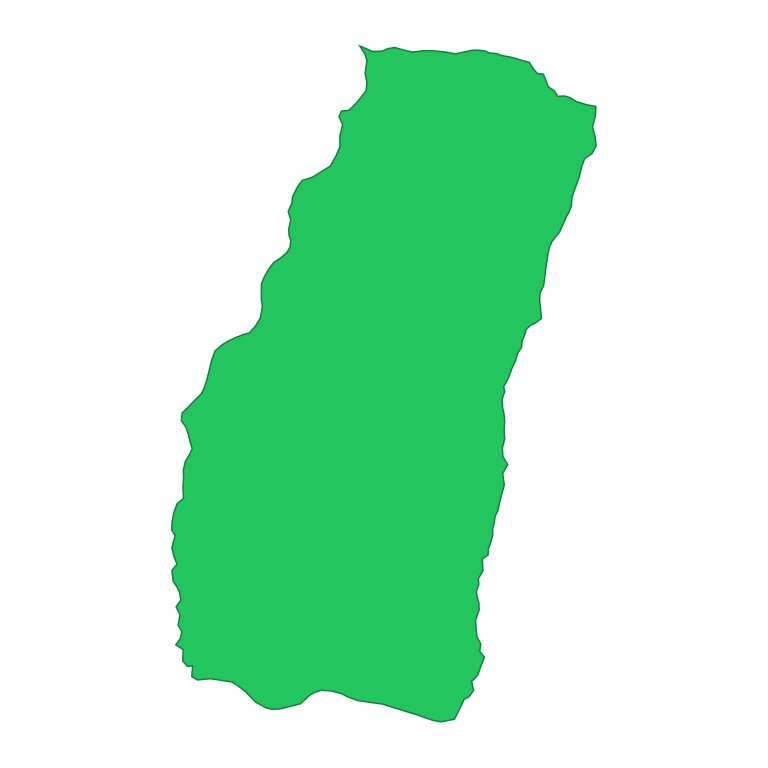 Taciba, São Paulo, Brazil (orthographic projection)
{"feature_id": "56859067B58101477098710", "entity_name": "Taciba", "entity_type": "district", "adm_level": 2, "iso_a3": "BRA", "parent_name": "Brazil", "parent_adm1": "São Paulo", "projection": "orthographic", "projection_center": [-51.338, -22.499], "detail": "fine", "context": "isolated", "style": "filled", "palette": "green", "viewbox_px": 768, "rotation_deg": 0, "n_neighbors": 0, "source": "geoboundaries", "source_scale": "gbopen_adm2", "svg_char_len": 2900}
<svg xmlns="http://www.w3.org/2000/svg" viewBox="0 0 768 768"><path d="M182.2,413.0L181.3,420.6L186.0,427.3L188.6,435.1L190.0,441.5L192.2,448.7L189.4,454.7L185.3,461.5L183.3,470.4L183.6,477.7L183.0,486.8L183.5,498.6L177.2,503.5L173.9,512.5L172.1,521.7L171.8,530.0L175.2,535.8L173.2,542.4L171.9,547.9L173.9,556.4L177.0,564.2L171.9,570.5L173.1,581.1L177.3,587.5L179.7,592.9L180.8,600.1L176.1,606.8L180.0,614.7L178.1,625.2L181.8,631.5L180.4,638.5L175.8,644.8L183.1,649.7L182.8,661.0L187.4,666.4L192.6,665.8L191.8,676.6L197.4,679.9L210.5,678.7L232.1,682.0L240.6,687.8L245.3,691.4L255.4,701.9L265.2,707.5L271.0,709.2L279.7,709.0L300.3,703.8L304.5,700.1L308.9,695.9L313.5,692.9L321.5,690.2L331.8,691.1L341.8,693.8L347.5,696.8L357.5,700.5L373.1,702.8L382.6,704.1L393.8,707.7L415.7,714.4L432.5,720.2L441.0,721.9L454.5,719.2L458.1,711.9L461.6,705.0L464.1,699.3L469.3,696.5L473.6,690.2L471.6,681.4L477.7,675.3L481.3,665.0L484.5,657.3L479.7,651.3L480.8,644.0L476.9,636.7L476.1,628.2L475.6,620.0L479.1,610.2L478.9,603.1L477.2,597.3L476.3,591.3L478.8,584.7L478.4,578.6L482.9,570.8L482.3,559.0L488.1,555.0L488.4,548.7L490.6,543.0L492.7,534.9L492.7,528.4L494.3,522.4L495.2,516.1L497.7,511.0L499.5,503.1L502.0,493.1L504.3,485.2L502.7,473.4L507.7,464.7L502.9,456.5L502.4,448.1L504.7,438.7L504.1,430.9L504.7,421.1L504.0,413.9L502.7,408.2L502.1,399.1L504.7,391.9L503.6,386.4L506.6,381.8L509.4,375.5L512.0,368.2L515.8,360.1L517.5,353.5L521.5,347.6L522.2,340.5L524.7,334.7L526.3,329.3L530.1,325.6L535.7,322.9L541.5,318.4L540.8,310.3L539.6,299.9L540.2,292.6L543.6,285.8L544.7,277.9L545.6,269.4L546.9,261.0L548.0,253.7L549.4,247.4L552.0,241.4L559.5,232.2L563.1,224.1L566.5,216.6L569.2,211.7L571.3,206.2L572.1,196.9L575.2,188.1L579.2,177.2L581.6,167.0L584.7,158.5L591.9,153.7L596.2,145.9L595.1,136.5L592.5,126.7L595.3,116.6L595.9,106.5L586.4,104.7L576.1,101.4L570.2,97.7L564.6,96.0L557.7,96.3L554.3,90.8L548.1,86.6L545.6,79.7L543.4,74.2L537.0,73.3L533.6,69.1L529.3,62.4L522.2,60.5L516.6,58.7L509.6,56.9L501.8,55.6L496.8,53.6L489.7,53.0L484.4,50.8L477.7,50.2L471.6,50.3L462.6,52.3L455.4,53.9L449.2,52.7L442.7,51.7L436.0,51.1L430.2,50.6L422.4,50.8L412.8,52.1L406.9,50.9L401.0,49.3L394.9,47.5L387.9,48.7L382.3,51.1L372.6,51.5L365.6,48.4L359.9,46.1L365.1,54.4L366.9,60.8L365.1,73.8L367.0,82.4L366.1,90.7L358.5,100.5L353.0,106.5L348.7,110.4L341.5,111.0L339.0,116.5L342.6,124.6L339.9,136.1L339.9,147.0L335.9,156.1L330.1,166.3L323.7,170.2L312.5,177.2L302.1,180.5L297.7,186.6L292.6,196.5L291.8,203.6L288.2,211.3L290.7,220.1L288.7,228.9L289.0,235.0L290.7,240.3L290.2,246.7L287.0,252.5L279.8,258.6L274.2,262.1L269.5,267.9L264.4,276.7L261.4,283.9L261.4,292.7L261.3,299.1L262.5,306.3L260.3,318.1L255.3,326.3L249.1,333.1L243.8,334.4L236.5,337.2L228.9,340.7L222.3,344.7L215.1,350.8L211.6,360.4L208.9,371.7L206.6,380.6L204.1,388.3L201.1,394.1L194.9,400.1L189.0,406.3L182.2,413.0Z" fill="#22c55e" stroke="#15803d" stroke-width="1.5"/></svg>